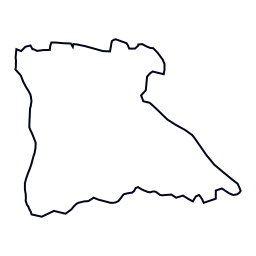 Koysinjaq, Arbil, Iraq
{"feature_id": "34846034B1648663074204", "entity_name": "Koysinjaq", "entity_type": "district", "adm_level": 2, "iso_a3": "IRQ", "parent_name": "Iraq", "parent_adm1": "Arbil", "projection": "mercator", "projection_center": [44.518, 36.037], "detail": "fine", "context": "isolated", "style": "outline", "palette": "ink", "viewbox_px": 256, "rotation_deg": 0, "n_neighbors": 0, "source": "geoboundaries", "source_scale": "gbopen_adm2", "svg_char_len": 2133}
<svg xmlns="http://www.w3.org/2000/svg" viewBox="0 0 256 256"><path d="M239.5,192.6L240.6,190.9L239.5,187.8L237.6,183.7L231.5,179.0L221.9,171.1L214.2,164.6L206.4,155.1L194.6,138.1L192.1,135.0L189.3,133.0L186.0,130.6L184.9,129.9L175.0,124.4L167.5,119.6L162.9,115.2L157.3,109.7L151.0,103.9L149.3,102.6L147.1,102.2L143.3,101.2L141.1,95.4L145.8,90.3L146.6,81.7L147.1,76.6L150.2,73.2L152.7,71.5L154.6,72.0L163.7,74.2L164.5,69.8L164.5,64.0L162.6,59.5L157.6,52.7L153.2,48.2L150.2,47.9L146.6,46.5L142.2,44.1L138.3,44.5L138.3,45.5L135.0,48.6L129.2,48.6L127.8,45.2L126.4,43.1L121.2,41.3L115.8,39.3L114.0,39.8L112.0,41.0L111.4,43.2L110.8,46.9L110.0,51.4L102.9,51.1L93.3,48.4L85.3,46.2L77.2,44.5L73.4,44.0L72.8,46.9L70.8,43.5L70.0,43.5L65.8,43.3L63.0,43.2L55.2,42.5L51.4,42.5L50.2,46.2L49.8,49.9L43.1,50.1L37.1,50.9L33.5,49.2L32.5,49.2L30.5,45.5L25.5,46.7L21.1,51.1L16.4,49.2L15.6,57.6L16.0,60.8L15.8,67.4L15.4,69.4L18.0,72.4L19.9,74.4L20.9,75.8L22.3,79.3L23.5,82.3L25.3,85.7L26.3,87.5L26.9,88.4L28.9,91.6L30.3,94.4L30.9,96.6L31.1,98.5L31.5,101.0L31.1,103.7L30.7,106.4L30.1,108.2L29.9,111.9L29.7,117.3L29.5,120.3L29.3,127.2L30.3,129.9L32.1,133.6L32.5,134.6L34.7,140.2L35.7,142.9L35.5,147.9L34.5,153.5L33.5,156.2L31.3,164.4L29.9,168.5L27.7,174.0L27.1,175.9L25.9,179.4L25.3,181.8L24.9,183.3L24.9,186.3L24.9,188.7L25.1,190.7L25.7,194.1L25.9,197.8L25.7,200.8L26.1,202.2L27.1,205.0L28.1,206.2L29.1,208.6L30.9,212.1L31.6,214.5L36.0,215.4L41.8,216.7L53.9,210.9L65.5,213.7L69.4,210.9L71.6,209.2L72.3,208.3L74.0,206.2L76.5,203.8L78.5,202.8L84.0,201.4L88.4,201.1L91.1,199.4L93.6,197.7L98.6,199.7L102.5,200.7L110.5,202.8L113.5,202.8L115.7,202.4L118.4,201.1L120.9,198.0L122.6,195.6L123.7,194.3L127.6,193.3L132.2,192.6L134.2,190.9L135.6,188.1L138.0,187.1L140.2,188.5L141.9,189.5L144.1,190.5L148.5,192.2L150.7,192.2L152.4,191.5L154.6,191.5L156.0,191.9L160.1,195.0L162.6,195.3L165.3,195.0L171.4,194.6L176.1,197.7L183.0,195.6L188.5,199.0L192.9,201.4L194.6,198.4L196.0,196.3L199.0,195.0L200.1,196.3L202.0,199.0L203.7,202.8L215.8,198.7L215.8,190.5L221.9,188.5L229.1,193.3L233.2,195.0L237.3,194.3L239.5,192.6Z" fill="none" stroke="#020617" stroke-width="2"/></svg>